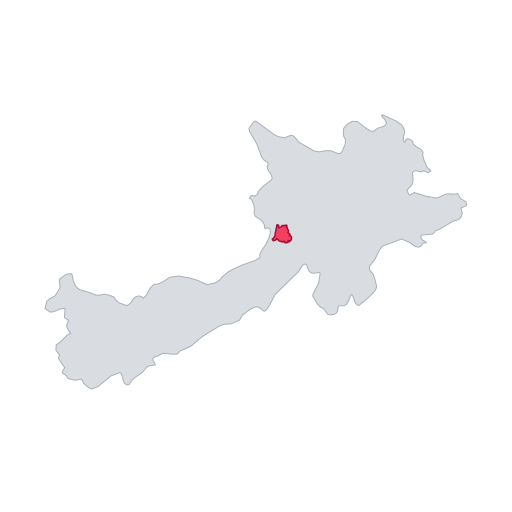 Home, Vientiane, Laos shown in context, rotated 102°
{"feature_id": "54806243B40513758321567", "entity_name": "Home", "entity_type": "district", "adm_level": 2, "iso_a3": "LAO", "parent_name": "Laos", "parent_adm1": "Vientiane", "projection": "albers", "projection_center": [103.339, 18.699], "detail": "fine", "context": "in_parent", "style": "filled", "palette": "rose", "viewbox_px": 512, "rotation_deg": 102, "n_neighbors": 0, "source": "geoboundaries", "source_scale": "gbopen_adm2", "svg_char_len": 6535}
<svg xmlns="http://www.w3.org/2000/svg" viewBox="0 0 512 512"><g transform="rotate(102 256 256)"><path d="M178.6,66.0L180.9,70.4L191.8,82.2L193.7,85.4L197.8,87.8L201.1,98.2L202.5,98.9L204.3,98.2L205.7,96.7L206.9,92.7L207.7,92.3L208.9,95.6L212.0,96.6L213.3,98.0L213.7,100.5L213.3,103.1L210.7,109.0L209.1,117.0L219.9,134.1L224.4,136.4L235.2,139.2L242.5,143.0L245.9,142.1L249.2,137.8L253.1,135.4L260.3,131.8L262.4,131.6L266.5,133.0L273.1,137.2L283.1,145.1L282.8,147.2L281.0,149.3L275.6,152.5L273.9,154.5L275.0,155.3L279.5,155.8L284.7,157.5L286.3,159.6L287.3,164.3L288.2,165.2L293.1,164.6L294.6,165.3L296.4,166.8L298.1,170.7L298.1,173.7L293.3,178.9L292.8,182.0L290.3,185.8L283.6,192.0L281.8,192.4L269.5,189.1L259.7,189.6L258.9,190.9L260.6,194.7L261.1,198.4L259.5,201.2L253.9,204.9L253.7,206.5L254.9,208.2L263.1,211.5L289.5,229.2L301.5,232.6L306.8,234.8L308.1,236.0L308.1,237.6L306.7,239.6L305.6,243.1L305.6,245.3L306.9,247.3L309.0,250.3L316.5,257.0L321.9,258.6L327.6,266.3L329.4,273.1L332.3,277.5L346.2,292.0L357.8,300.9L364.8,310.6L368.2,312.7L369.3,316.3L370.4,326.6L374.4,331.6L375.3,333.7L377.1,335.2L379.0,335.4L383.0,332.0L383.8,332.5L385.8,337.9L387.5,339.8L393.6,343.0L400.3,349.5L403.8,351.8L408.2,353.5L408.9,355.6L408.1,357.7L406.8,359.1L399.3,363.1L398.3,364.7L403.5,373.0L416.3,383.1L420.4,389.2L419.6,392.2L416.3,398.3L413.7,400.0L413.0,401.9L415.1,406.8L415.0,414.4L412.7,416.3L410.6,421.0L409.0,421.4L405.1,419.8L397.2,428.0L393.6,427.6L389.6,432.2L384.4,432.9L380.7,429.6L372.9,424.4L370.1,421.1L367.7,424.1L363.7,426.9L357.9,426.0L356.4,430.0L355.3,430.8L348.4,431.6L347.1,432.2L348.2,435.9L352.4,442.0L353.7,445.5L351.3,451.4L344.0,451.3L340.7,449.0L336.6,444.1L327.3,441.0L321.2,443.3L319.3,443.2L314.6,439.1L312.8,436.5L311.7,432.5L318.8,429.2L322.3,426.7L324.6,424.0L325.6,421.2L326.5,409.7L327.5,405.6L326.9,400.7L324.9,396.8L324.9,390.9L325.8,386.1L328.5,383.7L330.3,380.2L331.3,372.5L330.4,370.6L327.8,368.7L323.3,367.0L320.5,364.8L319.4,362.0L319.5,359.7L320.8,357.6L317.4,355.3L309.4,352.9L304.9,349.9L303.9,346.3L300.6,341.7L294.8,336.0L291.7,327.7L291.3,316.9L291.9,308.1L294.3,297.9L290.9,290.5L287.3,286.7L282.2,283.9L277.3,279.8L272.7,274.5L267.1,266.6L260.7,256.2L256.4,251.6L254.2,252.7L249.5,251.7L242.5,248.7L236.3,247.1L231.1,246.8L227.7,247.5L226.1,249.1L226.0,250.7L227.3,252.3L226.6,253.5L223.8,254.3L221.6,256.1L219.1,259.9L217.4,264.9L214.8,266.8L210.7,267.2L206.8,268.6L202.9,271.1L201.0,272.9L201.2,274.2L200.4,274.4L198.5,273.7L197.6,272.1L197.7,269.5L195.7,267.7L191.6,266.8L187.0,264.0L178.2,256.7L176.2,256.4L173.2,258.2L169.4,262.2L166.3,263.8L163.8,263.0L161.9,264.4L160.6,268.0L158.1,270.9L146.1,278.6L135.2,288.5L132.5,289.4L126.0,286.5L124.0,284.5L133.2,264.1L134.6,259.1L134.4,252.5L130.7,247.0L130.5,245.4L131.1,243.7L135.8,237.4L141.2,221.0L141.0,215.9L138.7,210.3L137.5,205.0L138.6,197.7L138.3,194.9L135.8,193.5L127.8,191.9L123.1,193.0L120.8,195.0L118.1,196.2L113.0,196.8L108.2,194.2L104.3,190.0L103.4,184.9L108.6,174.0L109.9,169.8L109.8,167.8L108.9,165.7L107.7,165.4L105.2,162.8L102.8,158.2L100.4,156.1L98.2,156.4L96.1,158.1L92.7,162.4L91.6,161.8L94.9,146.7L97.8,140.3L101.1,137.4L104.6,136.2L108.3,136.7L111.3,136.2L113.8,134.7L113.6,133.8L110.7,133.5L109.6,131.8L110.2,128.6L111.6,126.5L113.6,125.6L115.6,122.3L117.5,116.8L119.8,114.1L122.5,114.0L127.2,111.7L133.7,107.1L136.3,102.7L138.7,104.8L137.7,110.0L139.0,111.1L139.6,113.0L139.2,115.9L139.7,118.4L140.7,119.6L142.1,120.2L149.1,118.2L153.3,118.1L160.2,122.0L164.3,119.2L164.4,118.1L161.0,114.5L162.2,101.2L161.8,91.1L156.2,83.6L155.1,80.6L154.5,75.7L153.0,71.6L157.1,68.2L159.3,62.1L162.2,60.6L163.1,60.9L166.5,65.5L170.9,63.2L174.2,63.3L177.1,64.5L178.6,66.0Z" fill="#d9dde1" stroke="#a8b0b8" stroke-width="1"/><path d="M219.5,232.5L220.1,234.5L220.7,235.3L220.6,235.5L220.5,236.0L220.6,236.3L221.0,236.3L221.3,237.1L221.5,237.0L221.8,237.0L222.0,237.0L223.3,239.0L223.4,239.3L223.5,239.3L223.5,239.5L222.7,240.4L222.4,240.2L222.2,240.1L221.9,240.1L221.7,240.0L221.4,240.2L221.4,240.3L221.3,240.5L221.2,240.5L221.0,241.2L221.1,241.6L220.9,242.1L220.8,242.3L220.9,242.2L221.1,242.1L221.3,242.0L221.7,242.0L222.2,242.0L222.5,242.0L222.8,241.9L224.9,242.0L226.6,241.9L228.1,241.9L229.6,242.0L231.2,241.7L232.2,241.8L232.6,241.6L232.9,241.7L233.1,241.8L233.4,242.1L233.7,242.2L233.9,242.2L234.2,242.3L234.8,242.5L235.4,242.9L235.6,243.1L235.7,243.3L235.8,243.5L236.0,243.5L236.4,243.4L236.5,243.3L236.7,243.2L236.8,243.0L236.9,242.9L236.9,242.7L237.1,242.6L237.4,242.4L237.3,242.2L237.2,241.9L237.1,241.5L237.1,241.3L237.0,241.1L236.5,240.4L236.0,240.0L235.9,239.9L235.6,239.7L235.2,239.6L234.8,239.4L234.7,239.3L234.7,239.2L234.8,239.2L235.1,239.1L235.5,238.9L235.4,238.5L235.4,238.3L235.3,238.0L236.2,236.9L236.3,236.8L236.4,236.7L236.5,236.4L236.6,236.1L236.5,235.7L236.6,235.3L236.6,235.1L236.7,234.8L236.7,234.7L236.5,234.3L236.6,234.1L236.7,233.9L236.7,233.7L236.6,233.4L236.7,233.2L236.8,232.9L236.7,232.7L236.3,232.4L236.2,232.3L236.1,232.2L236.1,231.9L235.9,231.8L235.8,231.7L235.9,231.3L236.3,231.1L236.5,231.0L236.8,230.5L237.0,230.4L237.0,230.2L236.9,230.1L236.9,229.9L236.8,229.7L236.7,229.7L236.6,229.8L236.6,229.7L236.5,229.4L236.5,229.2L236.5,228.8L236.5,228.7L236.5,228.3L236.4,228.1L236.3,227.9L236.2,227.8L236.2,227.7L235.9,227.7L235.7,227.8L235.4,227.8L235.2,227.8L235.2,227.7L234.8,227.6L234.7,227.6L234.5,227.4L234.4,227.4L234.5,227.2L234.4,227.0L234.5,227.0L234.5,226.9L234.8,226.9L235.0,226.8L235.0,226.7L235.1,226.2L234.8,226.0L234.6,225.9L234.4,225.9L234.1,225.7L233.8,225.5L233.5,225.3L233.3,225.1L233.2,225.0L232.7,225.0L232.6,224.9L232.2,224.9L231.9,225.0L231.5,225.0L231.1,225.0L230.8,225.0L230.1,225.3L229.8,225.4L229.7,225.5L229.5,225.8L229.3,226.1L229.2,226.4L229.1,226.5L229.0,226.8L229.0,227.0L229.2,227.3L229.2,227.5L228.9,227.5L228.9,227.4L228.7,227.3L228.4,227.2L228.2,227.2L228.2,227.3L228.0,227.5L227.9,227.6L227.7,227.6L227.7,227.8L227.4,227.9L227.3,228.0L227.2,228.0L227.1,228.3L227.1,228.5L227.1,228.8L226.9,228.8L226.7,228.9L226.7,229.0L226.4,229.2L226.4,229.3L226.2,229.4L226.2,229.5L226.0,229.4L225.9,229.4L225.7,229.4L225.6,229.5L225.4,229.4L225.1,229.3L224.8,229.3L224.7,229.3L224.3,229.6L224.2,229.7L223.9,229.8L223.8,230.0L223.4,230.5L222.9,230.9L222.9,231.0L222.5,231.0L222.4,231.0L222.2,231.1L221.8,231.4L221.6,231.5L221.4,231.7L221.5,231.8L221.5,232.1L221.5,232.4L221.3,232.5L221.2,232.6L220.9,232.6L220.6,232.5L220.6,232.4L220.5,232.2L220.4,232.2L220.2,232.1L219.9,232.1L219.8,232.3L219.7,232.4L219.5,232.5Z" fill="#f43f5e" stroke="#9f1239" stroke-width="1.5"/></g></svg>